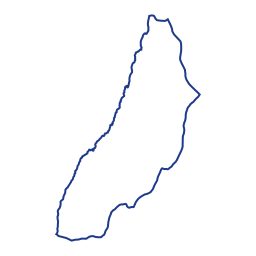 outline of Almeida, Boyacá, Colombia
{"feature_id": "7082276B20478677615744", "entity_name": "Almeida", "entity_type": "district", "adm_level": 2, "iso_a3": "COL", "parent_name": "Colombia", "parent_adm1": "Boyacá", "projection": "equal_earth", "projection_center": [-73.391, 4.96], "detail": "fine", "context": "isolated", "style": "outline", "palette": "blue", "viewbox_px": 256, "rotation_deg": 0, "n_neighbors": 0, "source": "geoboundaries", "source_scale": "gbopen_adm2", "svg_char_len": 5720}
<svg xmlns="http://www.w3.org/2000/svg" viewBox="0 0 256 256"><path d="M150.9,191.8L151.7,190.6L152.6,189.6L152.9,189.1L153.8,186.9L154.8,184.6L157.2,180.3L157.5,178.3L158.0,176.7L160.2,172.0L161.0,169.8L161.4,169.2L162.2,168.3L163.2,168.7L164.2,169.0L164.9,169.1L166.2,168.9L167.6,169.3L168.2,169.1L168.6,168.9L169.7,167.8L171.1,166.9L171.5,166.6L172.0,166.0L172.9,164.5L173.9,163.6L174.5,162.9L175.4,162.2L176.9,160.0L178.9,155.6L180.3,152.8L181.1,151.1L181.9,149.1L182.6,146.9L182.8,137.0L183.1,135.6L183.6,134.1L183.9,133.3L184.2,131.0L184.3,129.8L184.1,128.4L183.6,126.4L183.6,125.4L184.3,122.5L185.0,120.9L185.3,119.8L185.7,117.4L185.7,115.0L186.2,112.2L187.1,109.8L187.4,108.5L188.0,107.4L189.5,105.6L190.4,104.3L191.4,103.3L193.5,101.8L194.4,100.6L195.2,99.7L196.6,98.2L198.2,96.8L199.7,94.5L198.9,93.7L197.5,92.2L195.6,90.5L192.1,87.1L189.2,84.1L186.9,80.5L185.9,78.3L185.4,75.9L185.4,73.7L184.9,69.7L183.4,66.7L181.5,63.0L180.2,59.8L180.1,57.6L181.2,50.6L181.2,46.6L181.0,43.2L180.3,41.1L178.4,39.1L174.1,34.5L172.4,31.5L172.0,28.8L170.7,25.3L167.8,19.3L165.7,20.7L164.4,20.9L161.9,20.8L157.4,20.3L156.8,20.1L156.1,19.2L155.5,18.7L154.8,17.2L154.1,16.0L153.2,15.6L152.1,15.4L150.8,15.5L150.1,15.8L149.2,16.0L149.0,17.2L148.3,20.5L148.0,22.4L147.9,23.4L147.9,24.7L148.1,26.1L148.3,26.5L148.5,27.4L148.3,28.8L148.5,29.6L148.5,30.0L148.3,30.7L147.8,31.8L147.5,32.1L146.9,33.4L146.4,33.8L146.0,33.9L145.1,33.3L144.3,33.7L143.6,34.5L142.9,35.6L142.7,37.0L141.9,38.4L140.9,41.0L140.7,42.4L140.8,44.1L140.7,45.6L141.2,46.3L141.2,47.1L141.6,47.6L141.6,47.9L141.3,48.3L141.2,48.6L141.3,49.4L141.3,49.7L141.1,49.8L140.5,49.7L140.1,49.8L139.8,50.0L138.6,51.4L138.0,51.6L137.7,51.6L137.4,51.7L136.7,52.4L136.0,52.5L135.8,52.7L135.6,53.8L134.8,55.1L134.8,55.7L135.2,56.7L135.2,57.7L135.1,58.2L135.0,58.5L135.2,59.3L135.3,59.6L135.3,59.9L135.2,60.2L134.8,60.6L134.7,60.9L134.7,61.7L134.4,62.0L134.2,62.5L133.0,63.1L132.7,63.5L132.3,64.3L132.2,64.9L131.8,66.0L131.6,66.6L131.5,67.1L131.5,67.6L131.7,68.3L131.7,69.4L132.0,70.0L132.1,70.6L132.1,71.3L132.0,72.3L131.4,73.3L130.6,74.2L130.0,75.9L129.7,76.8L129.5,78.0L129.4,79.4L129.5,80.7L129.5,81.2L129.4,81.6L129.0,82.4L128.8,84.3L128.5,85.2L128.3,86.5L127.9,87.2L127.7,87.4L127.3,87.4L127.1,87.2L127.0,86.9L126.8,85.9L126.6,85.9L125.9,86.5L125.5,86.7L125.1,87.2L125.1,88.8L124.5,90.2L124.3,90.8L124.3,91.5L124.4,92.3L124.3,92.6L123.9,92.9L123.6,93.2L123.6,93.5L123.6,94.1L124.2,95.4L124.2,96.0L121.8,97.9L121.5,98.5L121.4,98.9L121.2,99.7L120.7,100.2L120.6,100.5L120.8,100.8L120.8,101.5L120.6,102.0L120.1,102.2L119.9,102.4L119.8,102.8L119.8,103.4L119.6,104.0L119.6,104.3L119.8,104.8L119.7,105.1L119.5,105.7L119.5,106.0L119.7,106.5L119.7,107.5L119.5,108.0L118.6,108.6L118.3,109.0L117.8,109.1L117.2,109.6L116.9,110.1L116.6,111.1L116.7,111.8L116.6,112.2L116.5,112.4L116.1,112.4L115.8,112.6L115.6,113.0L115.2,115.0L114.8,116.1L114.8,116.5L114.9,116.9L114.8,117.2L114.7,117.4L114.4,117.6L114.1,117.9L113.9,118.8L114.0,119.9L113.9,120.3L112.8,122.4L112.6,122.5L112.7,123.2L112.8,123.6L112.7,123.8L112.3,124.1L112.2,124.9L112.0,125.0L111.4,124.5L111.2,124.8L111.1,125.1L110.8,125.3L110.6,125.1L110.3,125.2L110.2,125.4L110.3,126.3L109.9,127.3L109.7,128.3L109.4,129.4L109.2,130.1L108.6,130.9L108.3,131.0L108.1,131.2L107.9,132.5L107.2,132.6L106.7,133.0L106.4,133.3L106.0,133.3L105.1,133.5L104.9,133.8L104.6,134.3L104.5,135.1L104.2,135.6L104.0,135.9L103.8,136.0L103.5,136.0L102.8,135.7L102.5,135.8L102.2,136.0L100.9,137.9L99.2,139.5L99.0,140.0L98.6,140.4L97.0,141.5L96.7,142.0L96.6,142.5L95.7,143.5L95.3,144.1L95.2,145.0L95.6,145.6L95.6,146.1L95.6,146.7L95.2,147.7L94.8,148.1L94.5,148.1L94.2,148.2L94.1,148.4L93.9,148.8L93.5,148.8L93.3,148.9L93.6,149.8L93.6,150.2L93.5,150.5L93.3,150.7L93.0,150.7L92.7,150.6L92.6,150.4L92.4,149.9L92.0,149.6L91.8,149.6L91.4,149.9L91.1,149.9L90.7,150.2L90.5,150.3L89.7,149.7L89.2,149.7L88.7,150.6L88.4,151.1L87.4,152.1L87.5,152.5L87.5,153.1L87.2,153.4L87.0,153.6L86.7,153.7L86.1,154.3L85.6,154.4L85.2,154.6L84.8,155.1L84.3,155.2L83.5,155.9L82.5,156.2L82.3,156.5L82.3,157.1L82.1,157.4L81.7,157.6L81.5,158.0L81.1,158.1L80.9,158.3L80.6,158.7L80.3,160.0L80.1,160.2L80.2,160.9L80.0,161.3L79.3,162.2L79.0,162.8L78.9,163.7L78.5,164.8L77.8,165.6L77.6,166.0L77.3,167.7L76.9,169.0L76.1,170.2L76.0,170.5L75.6,170.8L75.1,171.2L75.1,171.7L75.3,172.6L75.3,173.1L75.1,173.4L74.6,173.7L74.5,174.0L74.5,174.6L74.3,174.9L74.3,175.9L73.4,177.0L73.0,178.6L72.8,179.1L72.5,179.7L72.2,180.1L71.4,180.7L70.8,182.5L70.5,182.8L69.4,184.6L69.2,184.9L68.7,185.7L68.2,186.2L68.1,186.7L67.8,187.2L67.5,187.6L66.9,187.9L65.6,189.5L65.4,189.8L65.4,190.6L65.2,192.6L65.0,193.5L64.7,193.8L64.0,195.4L63.8,195.9L63.4,197.0L63.2,199.0L63.0,199.3L61.2,200.8L60.8,201.2L60.6,201.7L60.5,202.0L60.7,203.7L60.4,205.5L60.1,206.9L59.5,208.2L58.2,209.9L57.9,210.7L57.8,211.3L57.8,211.9L58.2,213.6L58.2,214.3L58.0,214.8L58.0,215.6L57.6,216.2L57.5,217.8L57.8,220.2L58.1,221.2L57.8,225.0L57.9,226.1L57.6,227.6L57.3,229.0L57.7,230.9L57.5,232.0L57.2,232.9L56.3,234.2L57.5,235.0L57.9,235.5L58.8,236.1L66.3,238.0L71.6,240.6L74.8,239.8L78.7,239.5L81.8,238.6L86.3,238.7L89.2,236.8L91.1,236.2L93.0,236.1L95.4,236.9L97.8,237.2L99.7,237.3L101.2,237.1L103.2,235.3L104.0,234.9L104.9,233.1L105.5,231.0L107.3,228.3L108.0,226.4L108.1,224.7L108.4,221.7L109.4,217.5L111.0,213.5L111.2,212.4L112.4,211.2L112.9,210.5L113.4,210.2L114.9,209.3L116.6,207.4L118.3,205.9L119.6,204.9L121.2,204.4L123.0,204.4L125.4,203.9L125.9,204.0L126.3,204.3L127.0,206.1L127.7,207.0L128.4,207.5L129.5,207.7L131.4,207.0L132.3,207.0L133.0,207.2L133.8,206.9L134.1,206.1L135.9,202.0L137.6,199.6L138.5,198.6L139.4,197.8L141.2,196.5L144.6,194.5L145.2,194.3L146.5,194.1L149.1,193.0L150.9,191.8Z" fill="none" stroke="#1e3a8a" stroke-width="2"/></svg>